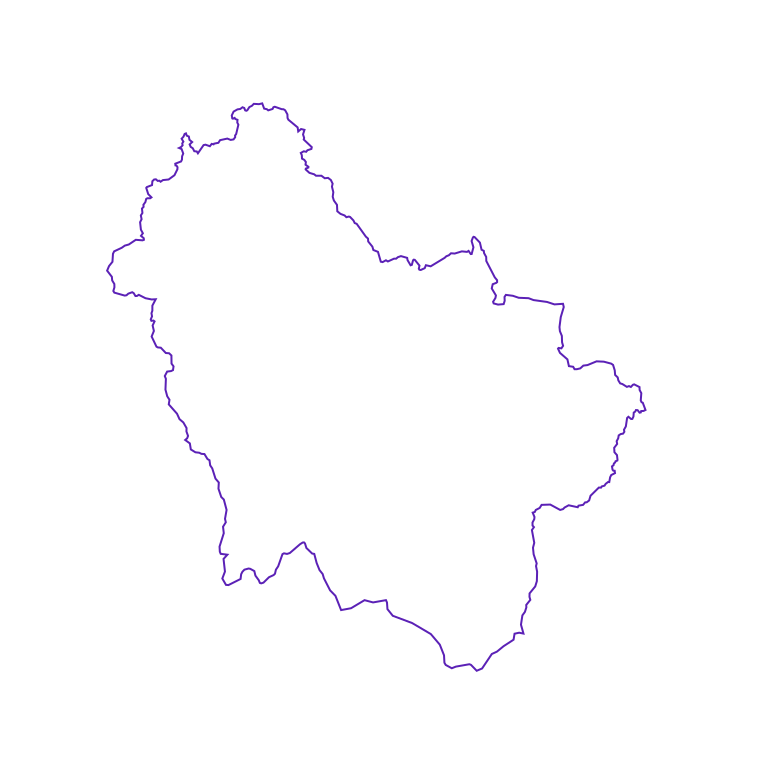 Xinjiang, Equal Earth projection, rotated 80°
{"feature_id": "CHN-1756", "entity_name": "Xinjiang", "entity_type": "Autonomous Region", "adm_level": 1, "iso_a3": "CHN", "parent_name": "China", "parent_adm1": "", "projection": "equal_earth", "projection_center": [83.367, 41.753], "detail": "fine", "context": "isolated", "style": "outline", "palette": "violet", "viewbox_px": 768, "rotation_deg": 80, "n_neighbors": 0, "source": "natural_earth", "source_scale": "10m", "svg_char_len": 6137}
<svg xmlns="http://www.w3.org/2000/svg" viewBox="0 0 768 768"><g transform="rotate(80 384 384)"><path d="M195.9,597.6L193.7,595.3L189.8,596.6L182.3,596.1L179.6,594.1L175.8,594.2L173.6,592.2L169.2,591.9L167.8,590.0L165.7,589.8L163.4,587.4L160.5,586.1L160.0,584.9L160.5,582.0L159.8,580.6L156.1,583.2L149.6,584.1L148.9,583.4L147.8,577.9L144.1,576.9L142.7,574.9L142.8,573.1L144.7,571.6L144.8,569.9L146.0,568.9L144.8,566.3L145.2,560.6L142.0,554.1L136.7,550.2L134.6,549.7L132.9,550.4L132.5,551.4L130.8,551.3L129.6,545.2L127.9,544.0L124.7,543.3L122.2,541.7L117.5,542.5L116.0,544.8L115.5,542.9L114.0,540.9L112.0,540.9L110.5,539.5L107.3,540.7L105.6,538.5L103.1,536.9L102.8,535.5L105.2,535.1L106.4,533.2L109.7,533.2L112.4,530.9L114.3,533.8L116.9,533.2L118.6,531.4L121.8,530.4L122.5,528.0L124.5,527.2L117.4,520.2L117.3,518.3L119.6,514.2L117.6,512.0L118.4,510.2L117.8,509.6L117.7,505.2L115.4,503.1L115.1,495.7L117.0,492.6L117.0,489.7L115.1,487.7L113.4,487.5L112.2,486.2L103.4,482.4L101.0,483.1L98.4,482.4L97.2,484.4L96.0,484.9L96.5,486.7L96.1,487.3L93.1,487.3L89.6,484.8L88.1,480.6L88.2,477.8L86.9,475.3L87.9,473.7L90.4,473.2L91.0,472.2L90.7,471.1L87.9,468.5L87.1,465.8L85.5,463.6L86.7,458.5L86.5,455.2L92.0,454.2L93.0,451.7L94.4,450.5L93.8,446.0L92.2,444.8L92.0,443.4L95.6,437.0L96.0,435.2L97.3,433.8L101.7,432.3L105.3,432.8L107.1,432.3L116.3,424.5L120.4,424.6L118.5,421.4L119.9,418.2L124.2,420.4L127.8,419.9L129.3,420.6L138.2,414.0L139.9,414.7L140.5,418.8L141.8,420.3L140.9,422.6L142.0,425.8L144.4,425.2L147.8,425.6L149.4,423.6L151.8,422.4L154.4,423.2L157.0,420.7L157.7,420.9L158.3,423.6L159.1,423.9L163.1,420.8L165.4,416.3L167.1,414.8L168.0,409.5L171.1,406.6L171.3,403.3L173.9,400.9L177.8,399.8L180.6,401.0L186.3,400.6L190.7,402.0L194.6,401.5L199.4,399.2L205.8,400.0L208.9,397.3L211.2,393.5L213.2,392.1L213.0,389.5L213.6,388.4L217.6,385.7L220.4,384.9L221.5,383.1L235.7,376.3L238.0,374.5L240.9,374.8L246.7,371.6L250.2,371.2L252.8,367.0L263.0,365.9L263.7,364.2L262.5,360.6L264.0,358.9L262.3,352.3L262.7,350.3L261.5,348.3L261.0,345.1L263.8,339.3L266.1,339.3L271.7,337.2L271.5,335.9L267.2,333.9L266.7,333.1L267.1,332.1L273.6,328.5L276.5,329.7L277.6,329.3L278.1,328.0L277.0,323.8L274.3,322.1L276.2,317.6L270.3,302.4L269.0,300.4L268.5,297.8L266.9,295.3L267.8,291.7L266.9,284.3L268.3,279.3L267.6,277.6L271.1,276.0L271.2,275.1L264.9,272.2L258.4,272.9L255.3,271.1L254.6,270.3L255.0,269.3L261.4,265.0L268.7,264.6L270.2,262.6L272.5,262.7L276.6,261.3L280.6,261.9L298.2,256.4L301.4,254.6L303.3,254.9L303.9,255.9L304.6,259.6L308.6,261.3L316.2,258.4L318.6,259.3L322.0,262.3L323.7,262.0L325.6,257.9L326.1,252.3L323.0,250.7L319.2,250.2L317.4,248.5L319.5,241.8L322.5,236.3L324.6,226.7L327.3,222.2L331.5,209.2L335.2,202.3L336.1,193.8L339.4,193.6L348.8,198.3L358.4,201.3L362.5,201.6L367.5,200.5L373.9,201.4L377.5,201.0L379.7,203.1L378.8,205.8L379.4,206.5L383.9,205.3L391.6,199.1L398.5,198.8L399.9,194.7L402.5,193.8L402.9,191.5L402.7,188.0L400.5,184.5L400.7,180.3L398.6,170.7L400.2,163.6L403.4,156.7L405.0,155.1L410.6,154.4L415.2,154.8L418.1,152.7L421.1,152.6L424.4,151.3L425.4,149.3L429.0,145.3L428.6,143.1L429.8,141.4L428.0,139.0L427.8,137.7L431.4,132.9L434.3,133.3L437.7,132.2L444.8,134.0L446.7,133.5L447.4,132.4L455.0,131.0L455.6,133.1L455.3,135.4L456.6,136.1L456.6,137.3L453.8,138.8L453.4,140.4L454.8,141.4L455.5,143.0L459.4,144.0L461.5,145.5L461.4,146.7L458.7,149.0L459.7,150.5L467.8,153.2L470.7,155.6L472.8,155.6L474.4,157.2L474.4,159.6L475.4,161.8L478.2,162.8L480.7,164.8L483.5,164.8L486.8,168.4L491.2,168.9L494.5,166.9L499.2,167.2L499.9,167.5L500.3,169.4L501.4,170.0L502.2,171.4L503.9,172.1L504.7,173.8L508.1,173.8L509.2,173.2L509.5,171.9L511.9,172.0L513.1,176.0L515.1,177.5L519.7,179.2L519.4,180.3L520.8,183.0L522.4,184.5L522.7,187.4L523.7,188.2L523.3,190.4L529.9,200.0L534.3,202.2L535.7,204.9L535.5,206.5L537.6,208.9L537.6,213.6L539.0,214.6L535.5,223.2L537.0,227.6L538.3,229.4L538.6,232.4L531.6,241.2L530.4,249.8L533.1,252.2L534.4,256.4L536.2,257.7L536.5,259.9L541.1,258.9L543.2,259.5L546.2,261.8L549.2,262.3L551.0,261.2L553.5,263.7L566.5,263.6L571.1,265.7L577.7,266.2L587.2,264.8L589.7,265.9L595.4,265.8L604.7,267.7L609.6,270.2L615.5,277.0L618.9,277.7L622.0,277.4L626.3,282.3L628.7,282.6L632.9,284.8L635.9,287.9L644.8,290.9L654.0,290.0L652.4,294.1L652.6,298.8L658.3,300.8L663.0,311.8L667.2,319.3L668.6,324.7L681.2,336.8L682.5,342.5L675.7,347.1L674.8,348.6L674.8,362.3L675.7,366.6L671.4,372.0L669.0,372.9L661.6,372.0L650.4,374.3L638.4,381.3L624.3,397.8L613.8,415.6L606.3,419.7L599.7,419.0L597.2,419.6L597.2,432.7L593.5,440.7L599.1,455.4L599.2,465.5L584.2,468.6L577.9,472.9L564.9,476.9L560.5,477.4L556.1,479.8L548.6,481.4L539.2,482.2L538.5,484.2L532.0,488.9L527.3,489.5L526.1,490.3L526.0,491.6L527.2,494.5L534.1,506.1L534.5,509.0L533.4,511.9L533.9,513.5L545.2,519.9L548.1,522.7L551.9,524.3L553.0,525.9L554.3,530.8L558.7,537.2L559.0,539.6L558.3,540.8L555.5,541.4L550.4,543.9L545.7,544.2L542.8,547.8L542.2,549.4L542.6,553.7L544.3,556.0L546.5,557.7L551.1,559.1L555.0,572.1L554.4,574.5L547.5,577.0L541.1,573.2L528.4,572.4L524.9,567.9L522.9,574.3L520.7,574.8L515.6,574.2L503.1,567.7L496.6,567.3L492.7,563.8L489.2,564.0L480.7,560.9L470.0,561.8L467.0,563.9L458.4,565.2L452.3,563.8L447.9,566.4L437.3,567.8L433.9,569.3L428.8,569.1L427.2,570.9L421.8,573.0L421.1,575.9L419.6,577.9L418.5,581.6L414.9,585.6L408.8,585.5L404.6,589.5L403.3,587.3L401.1,586.0L396.4,586.8L393.1,586.1L387.0,588.3L383.1,591.5L377.3,593.0L366.7,599.5L362.3,598.0L358.5,599.6L351.6,600.2L341.0,597.9L338.1,598.5L334.1,595.4L334.3,591.5L333.7,589.4L330.1,588.2L327.0,589.7L319.0,588.4L316.4,590.3L315.6,593.5L309.5,597.5L308.7,600.4L307.7,601.6L296.9,604.6L291.8,601.4L286.2,601.7L282.5,599.1L281.5,600.0L281.4,602.1L279.9,602.5L277.1,600.7L273.9,600.7L271.6,599.4L266.6,598.5L260.9,594.1L260.4,598.1L258.1,604.0L253.6,610.0L254.4,612.0L254.2,613.5L251.1,614.7L249.9,616.0L250.6,620.1L251.9,622.2L251.9,624.0L247.2,633.7L245.4,634.4L242.0,632.7L238.7,632.2L234.8,633.7L231.2,633.4L224.3,637.0L220.1,634.3L216.5,630.2L208.7,628.3L206.5,626.7L204.3,618.6L202.7,615.2L202.3,611.1L198.9,603.4L200.6,596.8L200.3,595.4L198.7,595.3L195.9,597.6Z" fill="none" stroke="#5b21b6" stroke-width="2"/></g></svg>